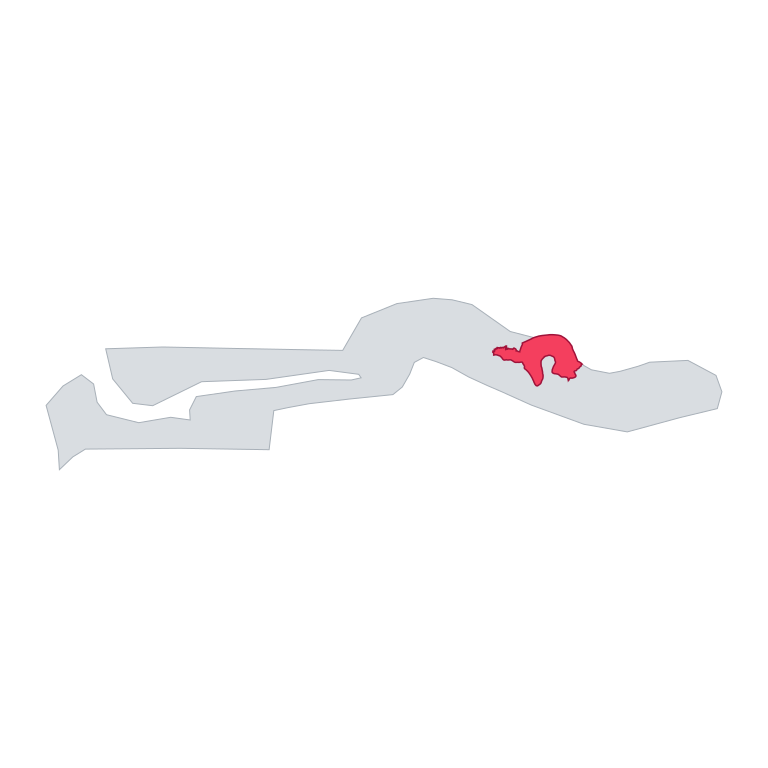 Sami, Central River, Gambia (highlighted)
{"feature_id": "56634734B54242206420565", "entity_name": "Sami", "entity_type": "district", "adm_level": 2, "iso_a3": "GMB", "parent_name": "Gambia", "parent_adm1": "Central River", "projection": "orthographic", "projection_center": [-14.663, 13.545], "detail": "fine", "context": "in_parent", "style": "filled", "palette": "rose", "viewbox_px": 768, "rotation_deg": 0, "n_neighbors": 0, "source": "geoboundaries", "source_scale": "gbopen_adm2", "svg_char_len": 6581}
<svg xmlns="http://www.w3.org/2000/svg" viewBox="0 0 768 768"><path d="M105.7,348.8L162.8,347.0L231.9,348.4L307.2,349.8L342.7,350.4L361.5,317.9L396.9,303.6L433.2,298.3L452.1,299.8L472.0,304.6L510.2,331.5L534.1,337.7L554.2,343.8L568.6,356.9L591.4,369.8L609.5,373.3L620.2,371.3L638.0,366.3L649.7,362.2L687.9,360.4L716.0,375.4L721.9,391.8L717.3,408.6L679.6,417.7L627.3,431.9L584.0,424.3L531.4,405.1L500.7,391.3L487.9,385.8L468.7,377.0L451.9,367.6L435.8,361.5L423.4,357.5L414.3,362.4L409.7,374.1L402.3,387.0L392.9,394.6L348.8,399.1L309.2,403.7L288.0,407.6L273.8,410.6L269.1,449.7L224.3,449.0L180.2,448.3L134.6,448.7L85.4,449.1L72.8,456.9L59.4,469.7L58.2,450.1L46.1,405.4L63.0,386.0L81.4,374.7L93.6,384.0L97.1,402.2L106.5,414.7L138.7,422.7L170.7,417.3L190.2,420.0L189.6,409.9L196.3,396.6L235.1,391.0L276.1,387.4L318.3,379.6L351.3,380.0L361.1,377.8L358.7,374.3L329.1,370.4L265.9,379.4L201.6,381.7L152.7,405.7L132.7,403.3L112.7,378.9L105.7,348.8Z" fill="#d9dde1" stroke="#a8b0b8" stroke-width="1"/><path d="M493.7,355.1L494.0,355.1L494.7,354.8L495.0,354.8L496.1,354.8L496.5,354.9L497.0,354.9L498.0,355.3L498.8,355.6L499.3,355.7L499.7,355.8L500.1,356.1L500.4,356.4L500.6,356.4L501.1,357.0L501.4,357.3L501.9,357.8L502.1,358.2L502.4,358.6L502.6,358.9L503.0,359.4L503.3,359.6L503.6,359.8L503.8,360.0L504.2,360.0L504.5,360.1L505.2,360.0L505.8,359.9L506.2,359.7L506.7,359.9L507.5,360.0L508.6,360.0L508.9,359.9L509.3,359.9L509.8,359.8L510.5,359.8L511.3,360.1L511.8,360.4L512.2,360.6L512.7,360.9L513.1,361.2L514.3,362.0L514.6,362.1L515.1,362.3L515.7,362.4L516.0,362.4L517.2,362.3L519.4,362.4L519.6,362.3L521.1,362.1L521.4,362.1L522.2,362.2L522.4,362.4L522.7,362.8L522.7,363.1L523.1,363.9L523.4,364.4L523.7,364.6L523.8,364.9L524.3,365.9L524.4,366.1L524.5,366.5L524.5,366.9L524.5,367.2L524.3,367.6L524.3,367.9L524.3,368.0L524.5,368.4L524.6,368.6L524.8,368.8L525.0,369.0L525.6,369.4L526.2,369.9L526.5,370.2L526.8,370.5L527.2,370.9L527.4,371.0L527.8,371.5L528.5,372.3L529.4,373.5L530.2,374.7L531.4,376.6L531.7,377.2L532.2,378.0L532.5,378.7L532.7,379.2L533.2,380.3L533.4,380.6L533.6,381.1L533.9,382.0L534.4,383.0L534.6,383.5L535.0,384.3L535.3,384.6L536.0,385.5L536.7,385.8L537.3,385.9L537.6,385.7L538.0,385.6L538.2,385.4L538.9,384.9L539.8,384.3L540.5,383.7L540.9,383.1L541.1,382.6L541.4,381.8L541.5,381.4L541.6,381.1L541.7,380.7L542.6,379.1L542.8,378.5L542.9,378.1L543.0,377.3L543.1,375.9L543.0,374.7L542.8,374.0L542.6,373.5L542.6,373.1L542.6,372.1L542.4,371.1L542.3,370.4L542.1,369.8L541.9,368.3L541.6,367.2L541.2,366.3L541.2,365.8L541.1,365.0L541.0,363.0L541.1,361.2L541.2,360.7L541.7,359.9L542.1,359.3L542.4,358.9L543.7,357.6L544.4,356.9L544.4,356.7L544.7,356.7L544.9,356.4L545.2,356.3L545.7,356.1L547.8,355.6L548.4,355.3L548.9,355.3L549.9,355.3L550.5,355.4L552.4,356.3L552.8,356.4L553.1,356.5L553.3,356.7L553.5,356.9L553.8,357.1L554.1,357.4L554.2,357.5L554.3,357.6L554.4,357.9L554.5,358.4L554.6,358.7L554.7,359.0L554.8,359.5L555.0,360.8L555.2,361.1L555.3,361.3L555.5,361.8L555.5,362.5L555.4,363.0L555.2,363.5L554.9,364.0L554.6,364.5L554.2,365.3L553.7,366.1L553.5,366.4L553.3,367.0L553.1,367.5L552.8,368.3L552.4,369.3L552.2,370.0L552.2,370.7L552.1,371.1L552.1,371.6L552.1,372.0L552.2,372.3L552.5,372.7L552.8,373.0L553.3,373.2L553.8,373.5L554.6,373.7L555.8,373.8L557.9,374.2L558.2,374.3L558.9,374.8L559.6,375.4L560.6,376.3L561.3,376.8L561.6,377.0L562.1,377.0L563.0,377.0L563.8,376.9L565.1,376.9L566.1,377.2L566.5,377.2L567.0,377.3L567.3,377.6L567.7,378.1L567.9,378.4L568.0,378.9L568.1,379.4L568.1,379.9L568.4,380.0L568.5,380.2L568.5,380.3L568.9,379.8L569.0,379.8L569.0,379.6L569.4,379.0L569.5,378.6L569.8,378.4L570.4,378.0L570.7,378.0L571.1,378.1L571.3,378.1L571.8,378.1L572.4,378.1L572.6,378.0L572.9,378.0L573.4,377.8L573.6,377.8L574.4,377.5L574.8,377.3L575.3,377.0L575.6,376.7L575.9,376.1L575.8,375.8L575.9,375.6L575.9,375.3L575.4,374.4L575.2,374.3L575.0,373.9L574.9,373.5L574.9,373.2L574.6,372.8L574.5,372.5L574.4,372.4L574.2,372.2L574.1,371.5L574.3,371.2L574.8,370.9L575.2,370.8L575.4,370.8L576.0,370.7L576.4,370.4L576.8,369.9L576.9,369.6L577.0,369.3L577.3,369.0L577.6,368.8L578.2,368.7L578.5,368.5L578.8,368.3L579.1,368.0L579.5,367.3L579.9,366.9L580.5,366.4L581.0,366.1L581.1,365.9L581.3,364.7L581.8,364.2L582.1,364.1L581.7,363.7L581.2,363.2L579.9,362.3L579.5,362.0L578.3,361.5L577.9,361.3L577.8,361.2L577.5,360.9L577.3,360.0L577.0,359.5L576.5,358.2L575.6,355.8L575.3,355.0L575.0,354.2L574.7,353.5L574.0,352.0L573.6,351.4L573.4,350.9L573.0,350.0L572.8,349.5L572.5,348.9L572.3,347.8L571.9,346.2L571.7,345.9L571.4,345.5L569.3,342.5L568.3,341.5L566.9,340.0L565.8,339.0L564.2,337.8L561.8,336.4L561.6,336.2L561.2,336.0L560.7,335.8L559.3,335.4L557.8,335.1L557.5,335.1L555.6,334.9L552.8,334.7L549.9,334.7L548.2,334.9L547.3,335.0L542.3,335.5L538.7,336.1L537.5,336.5L535.4,337.1L533.9,337.6L532.5,338.2L531.3,338.9L528.3,340.3L525.3,341.7L524.3,342.1L524.1,342.2L523.3,342.6L522.3,343.0L522.3,343.7L522.4,344.4L521.1,347.2L519.7,351.6L519.7,351.8L518.1,351.5L517.7,351.2L517.2,350.9L516.8,350.9L516.2,350.9L516.2,350.3L516.1,349.8L516.0,349.4L515.8,349.1L515.5,348.9L514.2,348.1L513.8,348.1L513.5,348.3L513.2,348.7L512.9,349.2L512.8,349.3L512.6,349.3L512.3,349.1L511.9,348.9L511.5,349.0L511.1,349.0L510.6,348.9L510.2,348.9L509.7,348.9L509.1,348.8L508.7,348.4L508.3,348.4L508.1,348.7L507.9,348.9L507.6,348.5L507.4,348.6L507.3,348.8L507.1,348.7L507.0,348.8L506.9,349.2L506.7,349.2L506.3,349.2L506.0,349.5L505.7,349.6L505.6,349.2L506.0,348.7L505.9,348.4L505.7,348.3L505.7,348.2L506.1,347.9L506.1,347.5L506.3,347.4L506.4,347.5L506.6,347.5L506.5,347.1L506.2,347.0L506.1,346.8L506.2,346.6L506.4,346.3L506.5,346.1L506.1,345.9L505.9,346.2L505.7,346.2L505.5,346.4L505.4,346.4L505.0,346.5L504.9,346.7L504.7,347.0L504.2,347.0L504.0,347.3L503.6,347.8L503.3,347.8L503.1,347.7L502.9,347.4L502.5,347.4L502.0,347.7L501.9,347.7L501.6,347.9L501.4,347.9L501.2,347.8L501.2,347.5L501.0,347.4L500.9,347.6L500.4,347.7L500.1,347.7L500.1,347.8L500.2,348.0L499.8,348.2L499.6,348.2L499.3,348.0L499.1,348.0L498.9,347.8L498.7,347.7L498.2,347.8L497.9,347.9L497.8,347.7L497.5,347.6L497.5,348.0L497.4,348.4L497.2,348.4L497.1,348.1L496.6,348.2L496.4,348.1L496.2,348.3L496.4,348.5L496.6,348.8L496.2,349.0L495.9,349.1L495.7,349.1L495.4,349.3L495.3,349.2L495.1,349.0L494.8,349.2L494.6,349.4L494.3,349.4L494.3,349.7L494.7,349.9L494.7,350.2L494.3,350.2L494.2,350.4L494.3,350.6L494.5,350.7L494.5,351.2L494.4,351.2L494.1,350.9L493.9,351.1L493.4,351.1L493.6,351.4L493.7,351.6L493.0,351.7L492.8,351.8L492.7,352.0L492.8,352.2L493.0,352.4L493.5,352.6L493.6,353.0L493.7,354.2L493.7,355.1Z" fill="#f43f5e" stroke="#9f1239" stroke-width="1.5"/></svg>